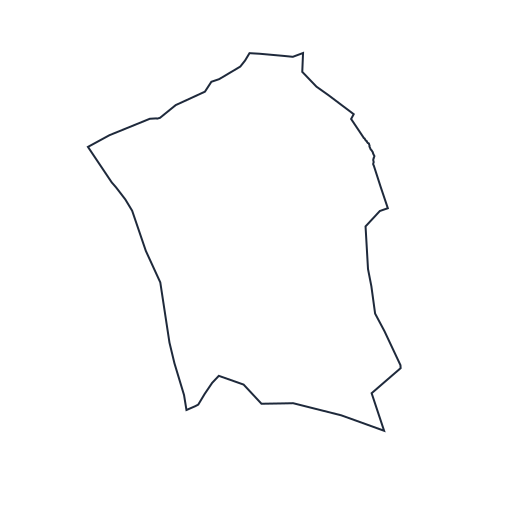 outline of Bogd, Övörhangay, Mongolia, rotated 77°
{"feature_id": "93677404B40761087888007", "entity_name": "Bogd", "entity_type": "district", "adm_level": 2, "iso_a3": "MNG", "parent_name": "Mongolia", "parent_adm1": "Övörhangay", "projection": "robinson", "projection_center": [102.15, 44.534], "detail": "fine", "context": "isolated", "style": "outline", "palette": "slate", "viewbox_px": 512, "rotation_deg": 77, "n_neighbors": 0, "source": "geoboundaries", "source_scale": "gbopen_adm2", "svg_char_len": 1444}
<svg xmlns="http://www.w3.org/2000/svg" viewBox="0 0 512 512"><g transform="rotate(77 256 256)"><path d="M68.8,164.5L70.2,175.3L67.1,184.5L59.8,206.8L56.9,216.7L63.1,222.7L67.9,228.7L75.4,252.2L76.2,260.3L84.4,268.8L90.9,300.3L99.8,318.5L99.9,321.5L99.5,322.1L98.4,328.6L105.3,371.5L111.9,395.2L151.9,380.0L157.7,376.9L171.5,370.6L184.0,366.5L226.2,362.2L260.2,355.2L320.9,359.8L342.2,359.6L375.3,357.4L390.4,358.4L388.7,349.1L388.0,346.4L387.8,345.7L378.8,337.0L369.7,327.2L364.4,319.2L378.5,297.0L401.2,283.9L405.5,263.8L407.8,252.9L430.4,208.8L455.1,170.5L415.7,174.2L397.8,140.3L394.9,139.8L358.3,147.7L338.9,152.9L311.5,150.4L293.9,149.8L251.8,142.6L240.0,125.2L239.1,116.8L216.6,119.0L194.3,120.9L193.2,121.2L192.6,121.1L192.0,120.8L191.0,120.2L190.4,120.2L189.7,120.2L189.0,120.2L188.3,120.0L187.8,119.7L187.5,119.4L187.1,119.4L186.5,118.9L186.2,118.7L185.4,118.2L184.9,118.2L184.3,118.4L183.7,118.6L181.9,118.9L181.3,118.8L180.5,119.1L179.6,119.4L179.0,119.6L178.4,120.0L177.9,120.3L177.2,120.4L176.5,120.5L176.0,120.6L175.6,120.7L175.0,120.8L174.6,120.8L174.2,120.6L173.8,120.5L173.4,120.6L172.7,120.7L171.8,120.7L171.4,121.1L171.1,121.6L170.5,121.9L170.0,122.1L169.7,122.2L169.1,122.2L168.8,122.5L168.6,122.7L168.3,123.0L167.9,123.1L167.5,123.3L167.1,123.5L166.4,123.6L165.9,123.8L165.2,124.5L164.7,124.6L143.9,132.5L139.8,128.9L115.5,149.3L104.6,159.0L87.0,169.5L68.8,164.5Z" fill="none" stroke="#1e293b" stroke-width="2"/></g></svg>